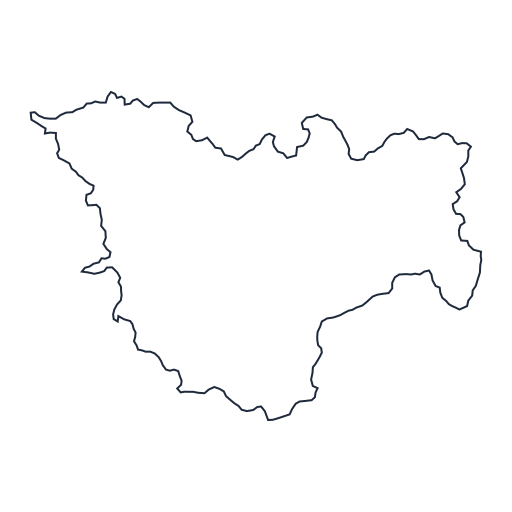 outline of Alto Rio Doce, Minas Gerais, Brazil
{"feature_id": "56859067B36714206475136", "entity_name": "Alto Rio Doce", "entity_type": "district", "adm_level": 2, "iso_a3": "BRA", "parent_name": "Brazil", "parent_adm1": "Minas Gerais", "projection": "mercator", "projection_center": [-43.404, -21.048], "detail": "fine", "context": "isolated", "style": "outline", "palette": "slate", "viewbox_px": 512, "rotation_deg": 0, "n_neighbors": 0, "source": "geoboundaries", "source_scale": "gbopen_adm2", "svg_char_len": 4065}
<svg xmlns="http://www.w3.org/2000/svg" viewBox="0 0 512 512"><path d="M173.7,106.6L170.3,102.6L165.0,102.6L159.3,102.6L153.2,102.9L148.8,107.2L144.2,105.1L140.8,101.8L137.2,99.0L132.9,100.5L130.2,103.7L124.7,104.6L124.5,98.8L121.4,96.6L117.0,97.9L115.1,93.9L110.9,92.0L107.6,96.6L105.8,102.6L100.1,102.6L95.2,101.5L91.2,103.3L86.7,103.6L83.3,107.6L76.4,109.7L72.3,112.2L66.1,112.6L60.6,115.0L55.7,118.7L50.2,118.7L44.5,118.1L38.8,115.7L34.8,112.2L30.7,112.7L31.4,119.7L37.4,123.3L41.7,126.2L45.6,128.5L44.9,133.5L50.2,132.6L55.9,133.0L55.9,138.7L58.1,144.0L59.2,149.6L57.1,153.3L58.9,158.0L63.2,160.0L69.5,163.5L71.7,168.7L75.9,171.7L78.4,175.2L82.3,177.6L85.5,181.1L89.5,183.9L93.6,185.7L93.2,189.8L90.8,193.3L86.5,194.8L85.9,200.6L87.9,205.4L92.1,205.2L96.4,204.8L99.9,208.2L100.5,213.9L101.8,219.8L101.1,225.9L105.4,231.2L105.8,237.8L103.4,243.9L106.8,249.1L110.5,252.2L109.4,257.0L105.4,258.7L101.5,258.3L98.9,262.4L93.6,263.7L89.6,266.5L84.9,267.8L81.9,271.6L87.9,272.4L94.4,273.8L99.9,272.6L104.2,271.1L106.8,267.6L112.1,267.3L117.4,272.6L120.2,277.8L118.4,282.2L121.0,286.7L121.1,291.1L121.6,295.2L120.8,300.4L117.0,304.5L114.3,309.6L113.1,314.5L113.7,319.1L117.7,321.5L118.4,316.1L124.1,319.3L130.3,321.1L132.5,324.3L133.6,328.7L135.6,332.6L135.2,336.7L134.0,341.3L136.6,345.4L138.0,349.6L142.1,350.4L145.7,351.7L150.4,351.7L154.8,353.5L158.7,357.2L161.1,361.1L162.8,365.2L166.0,369.6L169.9,370.7L174.0,369.6L178.2,371.1L179.8,376.1L181.6,380.7L181.1,384.8L177.2,388.5L180.7,392.4L184.5,391.7L188.6,391.8L193.2,391.8L198.3,392.8L204.5,393.2L208.7,389.6L214.3,387.0L219.6,388.9L223.8,391.4L226.0,396.1L230.2,399.8L234.4,403.3L238.5,405.9L241.7,409.8L247.0,411.1L253.2,410.0L257.3,407.0L261.1,406.5L264.9,411.3L266.4,415.4L268.1,420.0L272.8,419.8L278.2,418.2L284.5,416.1L289.6,414.4L292.0,409.2L295.7,403.7L299.6,401.5L305.6,400.9L311.6,400.2L314.9,397.2L315.6,392.4L317.6,388.2L312.8,385.9L311.1,379.6L312.5,372.9L312.9,367.2L315.5,363.9L318.0,359.8L320.0,356.3L321.8,352.6L321.2,348.3L318.2,345.3L317.4,341.1L317.2,337.0L317.6,332.0L320.2,326.5L321.8,321.5L327.1,318.4L332.8,317.6L336.4,316.5L340.1,315.2L344.4,312.8L348.6,310.7L352.5,309.8L356.3,307.6L362.2,305.6L366.0,302.6L369.1,299.8L372.6,296.6L377.0,294.8L381.9,293.9L388.6,293.1L392.2,288.5L392.2,282.8L394.9,277.3L399.2,274.5L406.3,274.1L411.2,274.5L415.0,273.7L419.8,274.5L424.3,271.6L429.0,270.5L431.4,274.4L432.6,280.5L435.6,286.0L439.7,287.6L440.3,292.7L442.3,297.8L446.2,301.0L448.8,304.1L452.0,306.0L455.7,307.6L459.4,309.5L463.3,307.8L467.1,306.1L468.3,300.6L472.2,295.6L472.7,290.4L475.8,285.9L477.6,279.8L479.9,272.6L480.3,265.0L481.3,260.0L480.7,256.1L481.0,251.7L473.4,249.7L468.9,245.4L467.3,240.9L461.2,240.5L459.2,235.5L459.0,230.0L460.4,225.4L464.6,222.4L463.3,216.9L460.4,214.1L456.1,213.9L453.5,209.4L452.7,204.1L457.1,201.3L459.6,197.2L456.3,192.2L460.8,189.1L464.8,184.3L464.0,178.1L462.4,173.1L460.8,168.3L464.2,164.8L466.9,162.0L468.3,156.6L468.3,150.5L470.9,146.7L466.7,143.3L462.2,143.1L457.6,144.2L454.5,141.5L452.5,137.3L448.2,134.2L442.7,133.5L439.3,135.7L435.0,138.3L429.1,137.0L423.9,139.2L418.8,139.1L416.4,135.7L413.1,131.5L407.2,129.0L403.7,132.9L398.7,134.1L394.5,133.7L390.5,135.2L387.0,138.5L384.5,141.8L382.3,145.9L378.0,148.3L374.2,151.6L368.9,152.2L365.6,155.5L363.8,159.1L357.3,160.2L351.2,158.7L348.6,153.9L349.2,149.2L347.6,145.0L345.7,141.3L343.3,137.0L341.1,131.6L337.1,127.7L335.0,124.2L331.8,120.3L326.9,119.2L321.6,117.7L317.4,114.7L313.1,116.6L306.7,117.5L301.8,122.9L303.2,129.0L308.1,129.4L309.7,133.5L308.5,137.9L306.8,142.0L303.2,145.7L297.1,147.0L296.1,155.5L291.3,156.7L287.1,158.0L283.3,153.3L277.8,151.6L273.9,146.1L272.9,142.0L274.7,136.5L269.5,133.7L265.5,135.2L262.0,139.4L259.7,144.1L255.9,145.6L253.5,149.2L249.2,150.9L246.1,153.3L241.9,157.0L237.7,159.6L233.0,157.0L228.5,155.9L224.7,155.0L221.0,148.5L215.3,147.7L212.8,144.2L210.1,141.1L207.2,137.6L202.1,140.2L196.2,141.2L193.0,139.1L191.3,134.8L187.3,131.5L188.7,125.9L192.4,121.8L190.6,115.4L184.5,112.5L178.9,110.1L173.7,106.6Z" fill="none" stroke="#1e293b" stroke-width="2"/></svg>